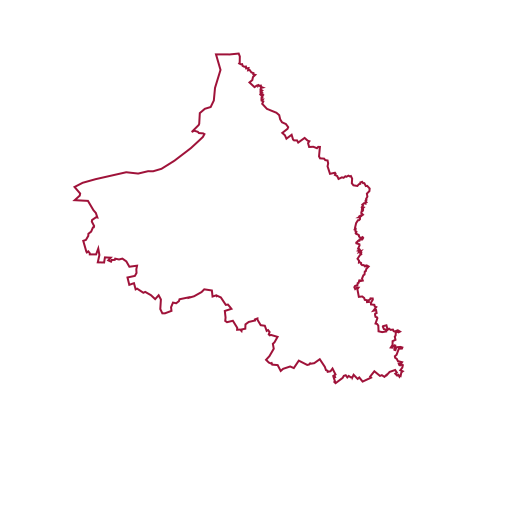 Gert Sibande, Mpumalanga, South Africa (Natural Earth projection), rotated 232°
{"feature_id": "47623444B27645248540404", "entity_name": "Gert Sibande", "entity_type": "district", "adm_level": 2, "iso_a3": "ZAF", "parent_name": "South Africa", "parent_adm1": "Mpumalanga", "projection": "natural_earth1", "projection_center": [29.797, -26.609], "detail": "fine", "context": "isolated", "style": "outline", "palette": "rose", "viewbox_px": 512, "rotation_deg": 232, "n_neighbors": 0, "source": "geoboundaries", "source_scale": "gbopen_adm2", "svg_char_len": 6109}
<svg xmlns="http://www.w3.org/2000/svg" viewBox="0 0 512 512"><g transform="rotate(232 256 256)"><path d="M337.7,360.7L341.6,360.8L345.4,358.8L348.8,359.2L352.7,361.0L356.3,360.3L365.2,355.2L372.1,354.6L373.3,356.9L374.8,356.2L375.2,357.8L376.1,356.8L377.5,358.0L377.2,358.9L378.3,359.7L378.5,360.8L380.1,360.5L380.3,359.7L379.4,359.1L380.7,358.8L381.7,360.8L382.5,360.5L383.1,361.1L382.3,361.6L383.4,361.7L383.0,362.6L384.5,362.2L385.4,363.3L384.7,364.9L385.7,364.3L387.3,364.7L387.4,363.7L389.0,363.3L388.8,362.4L389.4,362.7L389.8,361.6L390.0,358.8L396.8,357.7L396.9,361.4L398.9,363.8L399.2,366.9L400.8,365.7L401.7,366.6L403.5,365.4L406.5,365.5L407.2,364.1L408.7,365.8L409.9,363.7L411.5,364.7L412.3,363.3L414.1,362.5L415.7,363.2L416.4,362.1L418.1,361.3L418.4,362.2L423.2,366.1L426.2,367.0L431.0,359.4L439.5,348.6L424.5,342.6L413.7,327.2L404.5,318.5L401.3,312.0L403.5,306.3L403.2,299.7L395.2,292.7L394.5,291.5L393.3,281.7L392.8,284.4L389.7,286.6L388.0,286.7L385.2,289.8L383.8,290.4L382.5,287.4L382.0,282.2L381.1,271.1L381.3,250.5L382.9,235.2L386.1,227.1L389.3,223.1L393.5,213.9L401.9,205.3L415.3,176.9L420.4,164.5L422.1,155.5L413.5,155.9L412.1,154.3L411.6,147.5L402.9,157.5L392.2,156.1L388.5,156.3L384.0,154.7L385.0,153.8L385.3,149.0L384.2,147.8L379.3,146.9L378.5,145.9L378.9,145.1L376.7,141.1L376.7,137.6L375.1,136.2L373.4,131.9L374.3,129.2L363.9,125.0L362.9,124.9L362.9,126.7L360.5,126.7L359.6,126.0L355.7,131.0L359.0,136.3L353.2,133.2L348.4,127.4L344.4,132.3L347.9,136.1L344.1,140.5L343.5,136.9L340.8,138.3L341.7,139.8L339.9,142.3L340.6,143.4L337.6,145.9L336.2,149.1L331.6,150.5L325.5,149.6L321.6,156.3L319.2,153.5L316.2,151.4L314.9,148.3L318.2,141.5L311.3,138.4L309.7,143.1L303.8,140.6L303.5,142.2L296.4,144.6L295.9,146.6L289.8,149.1L284.1,150.0L285.0,155.1L280.3,154.3L273.1,147.9L268.5,146.9L266.9,148.9L264.8,155.6L267.9,157.5L270.4,161.9L267.9,164.0L267.9,167.5L269.0,169.1L264.7,177.8L264.4,177.4L262.4,182.4L261.1,190.9L261.6,194.7L256.0,200.0L250.8,196.8L249.5,200.4L248.6,200.3L248.6,200.9L245.0,202.8L236.1,202.1L235.0,204.0L232.2,204.1L229.5,204.1L231.9,197.6L226.2,194.1L223.8,191.8L221.7,192.4L219.2,197.9L211.0,197.0L209.5,195.7L207.8,198.2L205.8,198.4L206.9,199.6L205.3,202.8L208.6,205.6L208.5,209.7L205.8,215.5L206.7,216.1L205.9,218.7L204.7,217.9L198.6,217.1L195.6,220.0L190.4,218.3L190.2,219.9L187.7,219.9L186.4,217.8L185.0,218.0L184.6,219.2L179.0,223.2L176.6,217.4L176.4,215.2L172.0,212.9L168.8,204.9L168.0,200.0L164.1,200.5L162.1,201.6L162.0,202.4L160.4,201.9L156.7,205.9L150.2,204.7L150.4,207.9L147.9,214.9L144.4,216.8L147.2,225.3L138.6,229.3L137.8,231.0L138.1,232.6L137.4,232.8L135.7,235.9L135.4,242.7L126.3,242.0L123.0,240.9L121.6,241.7L120.6,241.2L119.3,243.7L120.2,247.0L113.7,245.7L113.9,243.0L113.1,242.7L112.8,244.0L111.8,243.7L112.4,242.4L108.7,241.1L108.5,240.2L106.8,240.4L106.6,249.2L107.5,251.4L106.8,253.3L104.1,253.2L104.4,255.2L101.8,256.1L101.4,257.4L101.0,257.2L102.3,259.8L96.6,260.4L96.7,262.6L91.4,262.7L89.3,271.8L90.7,271.7L92.3,278.3L85.2,279.9L84.6,281.8L81.7,282.8L82.0,285.6L81.6,285.6L82.4,289.9L80.5,295.5L77.4,295.2L77.5,293.3L74.9,293.6L74.8,294.9L72.5,294.7L73.1,296.2L72.6,296.3L74.8,298.9L74.8,300.6L77.1,299.4L78.0,302.6L79.6,304.5L80.7,303.8L81.1,302.2L82.0,301.8L83.2,302.2L81.8,303.8L82.4,305.7L85.8,303.1L88.2,303.6L90.2,303.0L91.5,303.7L91.6,305.9L95.0,311.5L93.2,314.0L93.8,315.0L95.4,313.9L97.7,310.4L96.0,307.9L96.8,307.3L97.7,307.8L99.7,310.6L100.3,310.2L100.0,309.1L100.7,307.7L100.0,306.8L100.9,305.9L101.9,308.9L104.8,311.2L104.1,314.3L107.0,315.7L107.4,317.1L109.7,319.1L109.2,320.9L108.1,321.3L107.8,322.9L110.2,322.0L111.1,318.8L112.0,318.2L113.7,318.6L114.9,316.6L116.8,316.1L116.8,314.3L121.1,316.1L122.5,312.9L122.2,312.4L119.7,311.8L117.8,313.1L116.4,312.1L118.3,308.6L121.2,306.2L125.8,309.5L127.8,309.6L129.2,308.6L132.3,313.4L133.1,313.6L134.5,312.7L136.4,313.6L137.2,314.4L136.8,315.9L139.4,317.3L140.6,314.8L141.7,319.3L143.1,318.5L144.7,319.2L147.0,316.8L148.4,317.7L149.7,321.2L150.7,321.8L152.1,320.1L151.6,319.3L151.8,317.4L150.3,316.7L151.3,315.1L153.0,316.1L154.5,314.7L156.3,315.4L158.7,314.8L160.5,311.9L167.5,315.5L168.0,317.3L168.9,316.4L168.9,313.8L170.9,314.3L171.4,315.6L170.6,318.0L172.0,319.4L171.7,320.3L173.2,322.4L172.7,323.0L172.1,322.6L170.9,325.0L172.9,325.6L174.7,328.7L174.6,330.1L176.8,332.2L176.5,333.2L177.9,335.0L178.4,338.3L179.9,337.7L180.2,336.5L180.8,336.7L180.9,335.4L182.5,335.3L183.5,334.0L184.8,333.8L185.8,334.5L187.2,334.0L187.5,333.1L188.9,334.3L191.3,334.3L192.7,338.4L192.6,339.9L193.7,339.9L193.2,340.3L194.0,341.2L195.0,340.8L195.2,341.5L195.7,339.6L196.1,340.5L196.7,340.1L196.4,341.1L196.9,340.8L196.7,342.1L197.2,341.1L197.3,341.7L198.4,341.6L198.3,342.3L198.7,341.6L198.3,341.2L198.9,340.9L200.6,344.1L201.6,344.7L204.2,342.9L204.8,343.4L204.3,345.0L204.9,344.4L205.1,345.8L204.4,346.8L205.2,347.5L203.6,349.9L204.3,351.6L205.3,351.6L205.7,349.4L208.0,349.2L209.0,349.9L211.2,349.1L211.1,349.6L211.5,348.6L212.7,348.6L213.2,350.0L214.5,349.7L215.5,350.7L216.1,350.2L216.5,351.4L217.1,351.2L220.3,355.2L221.4,358.3L220.8,359.2L221.0,360.6L222.4,361.7L223.1,360.9L222.8,362.6L223.6,362.3L223.5,363.5L222.9,363.8L222.7,365.7L225.1,365.4L226.3,366.9L225.8,367.6L226.2,368.6L227.2,369.3L227.0,368.3L227.6,368.2L228.4,369.0L227.9,369.5L228.0,370.7L229.4,369.7L230.0,371.4L231.0,371.4L231.1,373.5L229.9,374.5L230.8,375.1L230.4,376.1L232.0,376.3L232.2,377.6L233.1,377.7L234.2,380.3L236.9,381.8L237.3,385.3L239.2,387.1L242.8,386.8L243.5,385.6L246.7,386.2L247.5,385.2L249.1,385.3L249.7,383.5L248.7,382.6L249.2,381.2L248.8,379.0L251.7,376.3L254.3,376.3L257.8,379.4L260.6,380.0L260.9,379.0L262.4,378.3L262.8,376.0L263.8,375.5L263.7,373.2L265.1,372.1L265.9,368.5L269.0,369.2L271.3,368.1L271.9,369.4L273.0,369.5L275.2,364.9L282.6,367.6L284.6,369.9L287.2,371.2L288.9,369.6L290.8,369.6L293.5,366.6L295.7,367.0L302.6,373.5L303.7,372.2L303.4,370.4L306.8,368.4L309.2,365.0L312.9,366.5L313.6,368.7L315.1,367.7L319.1,367.0L319.4,359.1L321.8,359.5L323.6,357.2L325.0,356.9L329.6,358.7L329.7,352.2L333.3,353.1L336.8,352.5L336.8,359.1L337.7,360.7Z" fill="none" stroke="#9f1239" stroke-width="2"/></g></svg>